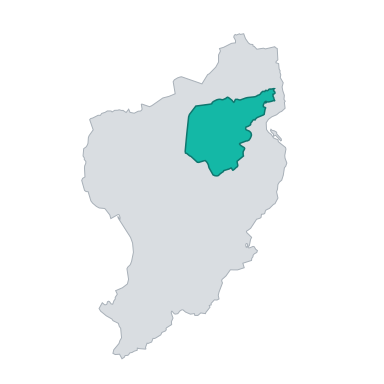 Kerman highlighted on a map of Iran, rotated 251°
{"feature_id": "IRN-3248", "entity_name": "Kerman", "entity_type": "Province", "adm_level": 1, "iso_a3": "IRN", "parent_name": "Iran", "parent_adm1": "", "projection": "natural_earth1", "projection_center": [57.389, 29.03], "detail": "fine", "context": "in_parent", "style": "filled", "palette": "teal", "viewbox_px": 384, "rotation_deg": 251, "n_neighbors": 0, "source": "natural_earth", "source_scale": "10m", "svg_char_len": 6011}
<svg xmlns="http://www.w3.org/2000/svg" viewBox="0 0 384 384"><g transform="rotate(251 192 192)"><path d="M193.3,106.6L197.1,106.8L204.2,104.4L204.9,103.9L207.1,99.1L209.5,96.9L213.8,94.4L216.5,93.5L226.1,93.9L226.9,92.0L228.5,90.9L238.9,91.5L240.5,93.0L241.1,95.7L249.9,98.2L251.6,99.0L253.8,101.0L255.5,101.6L257.8,100.7L259.2,101.3L261.5,100.7L268.2,103.7L269.2,106.8L270.4,108.2L271.9,109.5L277.3,111.8L278.9,113.2L282.9,118.8L293.7,118.8L294.4,120.0L294.3,122.4L295.1,128.2L294.3,130.3L295.7,132.2L295.6,135.8L296.2,138.3L295.0,141.8L293.7,142.5L294.4,145.6L293.4,148.6L293.5,149.8L291.8,152.3L291.7,153.3L288.6,155.6L290.9,159.1L287.5,159.3L285.3,163.0L285.9,167.4L285.3,169.6L285.7,170.9L286.6,171.8L291.3,172.6L291.5,173.2L286.5,179.6L286.7,182.1L290.4,195.0L289.9,201.5L290.4,208.1L302.4,210.1L303.8,211.8L304.6,215.5L304.6,218.3L304.3,219.7L291.0,236.6L297.9,245.0L298.2,246.9L302.3,255.1L306.2,259.4L312.9,261.7L316.0,264.8L318.7,264.7L318.5,268.9L319.7,277.7L318.9,281.7L321.2,282.5L324.8,281.9L326.1,282.7L326.9,284.1L326.0,285.0L326.1,288.4L325.2,289.1L324.8,292.4L319.5,292.5L314.5,293.9L312.7,295.2L311.7,297.5L310.0,297.3L309.5,298.2L305.9,299.8L304.7,306.4L303.4,308.0L302.4,317.6L301.6,317.7L299.9,319.3L289.0,316.2L287.9,313.9L286.8,313.5L285.2,315.7L279.8,314.4L277.9,314.8L276.8,314.1L273.9,314.1L271.5,312.7L265.6,313.8L262.0,311.4L258.2,310.8L253.4,310.8L249.6,309.1L247.5,309.7L246.6,308.5L240.9,307.3L239.0,303.0L238.9,300.9L237.5,297.2L237.1,291.9L235.8,287.9L233.3,284.7L226.8,282.8L223.3,283.8L220.8,285.6L216.6,286.7L213.3,290.3L211.4,290.0L203.7,294.9L202.0,294.8L196.3,291.6L193.8,291.0L188.5,291.1L185.7,288.9L184.9,287.3L178.2,283.8L174.0,280.7L172.8,277.7L171.0,275.6L166.9,273.8L164.6,272.0L158.3,271.3L153.9,266.6L153.8,265.1L151.3,260.0L150.9,256.3L150.3,255.3L148.1,253.8L147.8,252.8L148.3,250.4L145.5,249.0L145.1,247.8L145.2,244.2L138.5,235.5L137.2,230.7L135.9,230.5L129.7,233.6L128.0,231.9L122.7,228.8L122.0,227.6L123.3,227.1L124.6,227.6L125.5,227.0L125.2,225.9L123.8,225.3L122.0,225.3L122.5,226.3L120.8,227.2L120.4,228.4L120.7,232.0L120.0,233.0L117.1,233.6L115.3,234.8L113.7,233.5L113.3,230.9L112.3,229.2L110.9,228.5L109.8,226.9L107.9,226.0L108.1,216.9L103.4,216.7L103.5,209.8L105.9,202.9L101.5,196.7L99.6,192.0L98.4,191.1L96.1,191.2L88.5,184.9L85.8,183.2L82.1,182.7L81.7,180.5L82.7,178.0L81.0,174.8L80.5,173.8L79.0,173.4L79.1,171.4L77.2,171.5L73.6,165.9L72.6,165.1L74.8,160.9L73.4,157.4L74.4,154.5L76.3,154.6L77.0,150.7L80.6,146.8L83.6,145.0L83.9,143.8L83.4,141.7L81.6,139.0L81.9,136.7L82.6,135.6L85.8,134.3L85.9,133.8L84.5,133.0L79.0,133.0L76.1,130.3L73.3,129.6L71.9,123.7L71.4,123.0L70.1,122.8L69.3,121.7L69.0,117.8L67.1,116.0L65.8,110.2L65.7,108.8L66.3,107.5L63.3,105.0L63.1,101.2L63.7,100.3L60.3,97.5L58.7,97.3L58.6,96.8L61.2,90.9L62.2,89.5L60.2,88.6L60.3,85.6L59.8,83.1L60.1,80.8L58.8,79.1L58.5,78.1L59.1,75.5L57.8,74.2L57.1,71.5L62.2,70.7L63.3,66.5L65.2,64.7L68.3,66.7L72.5,73.6L75.1,75.6L77.0,77.9L86.4,80.2L88.5,79.5L91.8,79.6L96.1,75.4L98.0,74.9L102.9,70.6L109.1,66.8L112.1,66.2L116.5,71.1L113.9,72.6L113.4,73.8L113.7,75.0L115.7,76.3L115.9,77.6L115.2,78.3L112.5,79.1L111.7,80.5L114.5,82.7L115.8,84.6L117.4,85.1L119.7,88.1L123.6,87.7L124.1,95.0L126.1,101.0L130.1,103.6L140.6,105.5L141.8,106.7L143.4,110.0L146.1,112.3L154.1,117.0L163.1,119.2L169.1,119.1L191.1,113.8L193.2,113.8L189.9,115.1L191.1,115.7L193.9,115.7L194.6,115.2L194.7,114.3L193.3,106.6ZM224.3,287.7L223.0,289.8L220.9,291.5L219.4,291.0L213.3,293.6L211.7,293.4L211.4,292.6L218.2,289.6L218.5,288.8L218.1,287.2L220.3,287.9L222.7,286.6L224.7,286.2L225.6,287.1L224.3,287.7Z" fill="#d9dde1" stroke="#a8b0b8" stroke-width="1"/><path d="M209.3,252.4L206.4,244.7L205.6,244.4L202.3,244.0L201.7,243.6L201.3,243.3L201.0,242.7L200.9,242.0L199.7,239.4L199.3,238.1L199.3,237.7L200.0,237.4L201.6,237.1L202.0,236.8L202.0,236.3L201.8,235.6L201.7,234.6L201.9,229.0L201.4,228.6L201.0,228.0L200.6,226.3L199.8,224.0L199.0,222.4L199.0,221.5L199.3,220.3L200.0,218.9L201.3,217.5L209.3,216.0L211.1,216.1L212.3,216.3L215.0,215.9L217.4,214.8L217.6,213.6L217.8,208.1L218.4,206.7L226.0,202.6L227.0,201.5L230.0,199.7L230.6,199.0L230.9,198.5L232.7,198.8L248.0,205.7L264.2,213.3L266.2,214.9L272.0,223.6L269.1,237.9L269.0,239.4L269.3,239.8L270.0,240.2L270.6,241.7L271.1,245.4L271.0,246.9L270.6,248.6L269.4,250.6L269.2,251.7L269.4,252.9L269.4,254.3L269.9,255.2L270.0,255.9L270.0,256.6L269.6,257.0L268.9,257.6L265.6,259.7L264.0,260.2L263.2,260.7L263.7,261.6L264.9,262.6L265.4,263.4L264.9,265.0L263.3,267.3L263.4,273.3L263.2,275.3L261.6,282.3L261.6,284.0L262.0,285.5L262.0,286.1L262.0,287.3L262.3,288.4L263.4,289.8L264.1,291.5L263.7,292.8L263.3,293.5L263.6,293.9L264.0,294.4L264.1,295.0L263.6,295.6L263.2,296.4L263.5,297.4L264.0,298.0L264.1,298.7L263.9,299.4L263.6,299.7L263.7,300.3L263.5,300.6L263.3,301.0L263.3,302.1L263.2,302.8L262.9,303.5L262.3,302.5L262.1,302.4L261.7,302.4L261.2,302.1L260.8,302.2L260.3,302.7L259.7,302.8L259.0,302.8L258.4,302.6L258.2,302.2L258.1,301.6L258.0,301.2L257.9,300.9L258.1,300.6L258.1,300.4L257.8,300.2L256.9,300.1L256.4,299.8L255.9,299.7L255.4,299.9L254.6,300.0L253.4,299.8L251.5,299.9L251.4,299.6L251.7,299.2L251.9,298.2L251.9,297.7L251.8,297.2L252.2,293.8L252.4,293.3L252.6,292.9L252.7,292.6L252.7,292.2L252.3,291.1L252.3,290.7L252.7,290.7L253.6,291.3L253.7,291.0L253.3,290.0L252.4,289.0L251.3,288.0L250.3,287.4L249.4,287.3L248.8,287.8L248.5,288.3L247.8,289.0L247.3,288.8L246.4,288.0L241.9,285.5L241.6,284.5L241.2,278.0L240.7,276.6L240.3,275.8L240.0,275.6L239.6,275.1L239.9,274.5L240.3,274.2L240.2,273.3L239.5,272.2L238.9,271.5L238.5,270.8L238.0,270.0L237.2,269.5L236.8,269.5L236.5,269.2L236.3,268.8L235.8,266.1L235.9,264.4L235.8,264.1L234.3,263.3L233.5,263.3L232.8,263.8L232.4,264.4L230.9,266.0L229.2,266.9L228.2,267.0L226.5,266.8L225.1,265.8L223.8,264.6L222.5,262.8L222.3,261.1L222.6,259.8L222.4,253.2L222.0,252.6L221.5,252.6L219.8,253.5L217.0,255.8L216.2,256.0L215.6,255.7L215.0,255.2L214.3,254.3L213.1,253.3L210.5,252.5L209.3,252.4Z" fill="#14b8a6" stroke="#0f766e" stroke-width="1.5"/></g></svg>